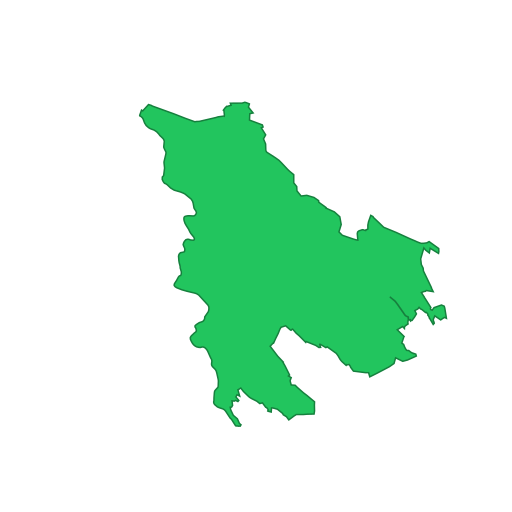 Vecsaules pag., Bauska, Latvia (Robinson projection), rotated 45°
{"feature_id": "27541924B84653415581668", "entity_name": "Vecsaules pag.", "entity_type": "district", "adm_level": 2, "iso_a3": "LVA", "parent_name": "Latvia", "parent_adm1": "Bauska", "projection": "robinson", "projection_center": [24.442, 56.411], "detail": "fine", "context": "isolated", "style": "filled", "palette": "green", "viewbox_px": 512, "rotation_deg": 45, "n_neighbors": 0, "source": "geoboundaries", "source_scale": "gbopen_adm2", "svg_char_len": 6067}
<svg xmlns="http://www.w3.org/2000/svg" viewBox="0 0 512 512"><g transform="rotate(45 256 256)"><path d="M217.2,329.8L217.6,331.9L218.1,333.7L219.0,334.7L220.6,334.9L222.4,334.5L227.3,332.4L232.0,329.8L239.0,325.5L240.6,324.7L243.0,324.1L256.8,324.7L258.6,325.3L260.0,326.6L261.0,327.9L261.7,329.3L262.8,335.3L263.8,336.4L264.4,337.6L264.7,339.2L264.3,340.7L263.0,343.2L262.3,346.5L262.2,347.9L262.3,348.6L263.1,349.3L264.8,349.7L266.4,350.8L267.1,351.8L266.8,354.5L266.8,356.5L266.7,357.8L266.9,359.1L267.2,360.1L268.4,361.2L270.4,362.0L272.9,362.7L274.7,362.9L276.7,362.7L278.3,362.2L280.1,361.1L281.3,360.1L282.2,358.5L283.0,357.7L283.8,357.3L284.8,357.0L287.2,357.0L289.2,357.5L295.7,360.0L297.8,360.6L299.1,361.5L301.0,363.9L301.8,364.5L303.3,365.0L307.1,365.0L308.8,365.3L310.9,366.4L316.4,369.9L317.7,370.9L321.5,375.0L321.9,375.8L322.1,379.5L322.3,380.8L323.3,382.2L326.4,385.8L328.6,388.1L329.2,389.1L330.1,389.8L331.7,390.3L335.4,390.0L337.2,389.3L340.8,387.5L342.4,387.1L344.2,387.2L352.5,388.9L354.1,388.8L361.6,390.5L362.3,390.1L362.9,389.4L363.8,388.9L364.2,388.4L365.2,387.4L364.8,386.4L364.8,386.0L362.6,386.1L358.0,384.3L352.6,384.7L347.0,382.7L344.7,381.2L345.6,380.1L345.1,378.2L341.5,375.4L343.3,373.9L343.6,372.6L346.1,371.7L346.0,370.3L341.4,369.9L340.7,367.5L343.5,366.6L337.8,363.4L338.0,363.0L338.6,360.1L342.9,360.7L349.5,360.6L351.3,360.5L353.5,360.0L359.2,358.1L363.0,357.7L364.4,355.3L369.8,356.1L370.8,355.7L373.1,356.0L373.8,356.8L373.9,357.3L374.2,357.3L377.1,355.6L374.4,352.4L375.3,351.6L376.8,350.7L379.5,349.2L386.2,348.5L387.5,349.0L391.2,348.1L395.1,348.7L396.0,342.3L396.6,339.6L401.5,334.7L404.1,331.6L408.8,326.7L407.0,324.2L402.7,320.1L400.5,317.7L390.5,318.6L386.2,319.2L378.0,319.7L375.1,319.7L372.1,322.3L368.3,320.1L366.9,317.1L363.8,317.9L363.9,316.4L354.6,313.3L349.9,312.0L350.0,311.7L342.3,311.5L329.8,309.8L329.7,305.2L330.0,305.1L328.2,300.3L326.5,295.2L324.7,291.0L324.1,288.7L326.3,284.4L332.6,284.0L333.3,283.7L333.4,282.0L334.0,281.8L339.0,282.2L342.7,281.9L352.3,281.9L352.0,281.0L361.4,277.0L365.2,276.2L366.3,274.9L363.5,273.5L363.5,273.3L364.1,272.9L370.2,271.4L370.6,269.9L381.6,268.1L384.4,268.5L388.4,269.6L389.8,269.8L391.5,269.9L397.1,269.6L397.0,268.7L397.3,268.7L398.5,266.9L400.9,267.4L401.6,267.8L406.3,268.5L416.0,261.0L418.1,258.9L421.9,261.0L424.5,253.2L428.6,240.0L429.6,234.4L426.7,229.3L434.2,226.7L436.7,222.4L438.4,217.9L438.9,216.6L440.1,213.4L438.4,212.4L435.9,213.6L436.0,213.8L435.7,213.9L433.2,214.6L430.9,214.8L429.4,216.1L429.1,216.2L427.2,215.8L425.3,215.2L422.9,214.1L420.7,214.5L417.6,208.4L417.6,208.2L408.0,208.3L409.5,202.3L412.2,202.3L411.0,201.0L411.1,199.0L411.6,196.5L410.7,196.0L409.1,194.0L408.9,193.2L408.5,193.2L406.8,191.6L406.4,191.6L405.8,192.0L404.6,192.3L404.2,192.5L403.5,192.6L390.2,190.2L386.3,189.7L379.6,190.3L379.8,190.2L386.3,189.5L390.2,190.0L403.5,192.4L404.2,192.4L404.6,192.2L405.6,192.0L406.1,191.5L406.5,191.4L407.0,191.6L408.6,193.1L409.1,193.1L409.5,192.9L409.7,192.2L410.1,191.8L410.5,192.1L410.8,192.6L411.2,192.7L411.1,192.2L411.5,191.9L411.9,191.2L411.3,187.2L410.4,183.5L406.9,182.3L407.9,179.0L407.6,177.0L409.7,177.1L411.4,176.5L415.9,176.1L416.3,175.4L418.8,175.6L419.2,176.3L420.7,176.5L422.7,177.3L422.3,177.6L423.2,177.4L429.7,179.1L429.6,177.5L428.3,176.7L427.8,176.8L427.4,176.4L426.2,175.5L424.8,171.9L431.8,170.6L432.4,167.3L432.9,166.0L434.7,165.4L426.4,159.4L424.6,158.4L421.8,159.5L418.4,166.6L418.9,169.7L417.6,170.3L417.0,170.2L416.3,169.6L416.1,168.8L405.9,166.5L404.6,166.4L404.4,166.1L398.8,164.9L399.8,162.5L400.8,161.1L400.8,160.0L406.5,155.9L402.6,154.6L402.4,154.3L385.0,148.2L382.8,146.4L378.9,145.1L374.5,141.6L369.0,131.6L371.8,131.9L376.4,131.3L373.7,127.4L383.2,125.1L382.2,123.6L379.9,121.5L368.2,123.4L367.5,125.9L365.6,128.4L364.0,130.1L363.2,130.6L359.4,132.3L358.4,132.6L353.0,134.8L338.5,140.2L326.0,145.4L319.7,145.5L311.8,145.7L310.9,145.4L308.4,146.1L311.4,152.3L313.2,155.0L315.8,157.6L316.1,158.1L315.2,159.7L315.6,160.3L315.4,160.6L314.7,161.0L313.7,161.4L312.7,162.1L312.4,162.6L311.2,165.0L310.9,165.9L310.9,167.2L311.8,168.6L316.8,172.8L315.8,173.5L313.2,175.0L302.4,180.3L297.6,180.3L294.0,173.5L287.5,169.0L280.2,169.4L271.5,172.7L271.3,172.2L262.3,173.6L261.4,172.7L261.0,172.6L255.6,173.6L249.0,177.2L245.5,181.7L238.9,181.0L235.7,178.1L231.0,177.6L225.2,171.8L220.1,172.3L217.2,172.4L208.1,172.1L204.6,172.1L200.4,172.8L190.1,175.0L188.4,174.5L183.6,170.0L178.5,167.9L177.2,163.5L169.1,161.6L169.8,159.8L167.8,158.8L155.3,164.5L151.0,159.8L152.8,156.9L145.4,156.1L143.8,153.1L143.7,153.1L140.4,154.6L139.4,155.2L138.1,157.7L129.8,166.1L131.8,167.0L129.8,170.7L129.4,170.9L129.4,173.2L129.8,175.9L130.3,175.7L134.0,178.7L134.7,179.6L134.4,179.7L130.8,184.4L129.7,186.5L120.8,200.8L118.6,203.2L117.9,204.3L108.5,208.7L97.3,213.6L76.8,223.2L75.3,223.6L73.7,224.5L72.9,224.9L73.3,233.5L71.9,233.8L74.3,238.8L74.7,239.1L76.0,238.7L77.6,238.6L79.2,238.9L83.1,240.7L86.1,241.4L89.3,241.2L91.3,240.7L94.7,239.1L96.3,238.7L98.1,238.4L101.0,238.5L102.9,238.8L105.3,238.7L107.5,238.7L108.5,239.0L109.9,239.6L113.7,244.2L115.3,245.0L118.9,246.2L120.0,247.4L124.2,254.2L125.0,255.1L129.2,258.5L133.8,264.4L133.9,265.2L133.9,266.4L135.6,268.2L137.5,268.9L139.0,269.2L140.0,269.3L140.5,268.9L142.8,268.4L147.5,268.3L151.6,267.3L157.4,264.1L160.3,262.9L161.9,262.4L169.9,261.6L172.2,262.1L173.9,262.9L178.2,265.9L179.1,266.2L181.7,266.7L183.4,267.6L183.8,268.6L184.1,269.8L183.9,271.3L183.3,272.1L180.7,274.4L179.5,275.6L178.4,277.1L177.8,278.2L177.7,279.0L177.9,279.7L178.8,280.8L180.1,281.8L182.7,283.1L185.2,283.8L189.3,284.7L192.4,285.8L194.2,286.2L198.9,286.7L199.7,287.1L200.5,287.6L200.8,288.1L200.7,288.9L199.8,289.8L198.3,291.0L196.7,291.7L195.7,292.6L194.9,294.1L195.0,296.3L195.6,298.0L196.4,299.4L197.3,299.9L199.9,300.9L201.0,301.6L202.3,303.4L202.1,304.3L200.3,307.0L200.2,308.1L200.4,309.3L201.3,310.9L204.7,313.8L206.5,315.1L209.6,316.9L210.9,318.1L214.4,320.0L215.4,321.0L216.3,322.3L216.5,323.1L215.9,324.3L216.0,325.7L217.2,329.8Z" fill="#22c55e" stroke="#15803d" stroke-width="1.5"/></g></svg>